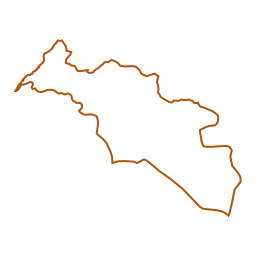 Dar'a, Dar`a, Syria
{"feature_id": "27442178B67726505950673", "entity_name": "Dar'a", "entity_type": "district", "adm_level": 2, "iso_a3": "SYR", "parent_name": "Syria", "parent_adm1": "Dar`a", "projection": "robinson", "projection_center": [36.022, 32.622], "detail": "fine", "context": "isolated", "style": "outline", "palette": "amber", "viewbox_px": 256, "rotation_deg": 0, "n_neighbors": 0, "source": "geoboundaries", "source_scale": "gbopen_adm2", "svg_char_len": 4535}
<svg xmlns="http://www.w3.org/2000/svg" viewBox="0 0 256 256"><path d="M61.9,40.4L60.8,40.9L57.7,40.5L56.8,42.3L55.4,43.8L54.0,45.1L53.9,45.4L53.8,45.5L53.7,45.8L53.6,46.0L53.5,46.3L53.4,46.3L53.4,46.5L53.2,46.6L53.2,46.8L53.0,47.0L52.9,47.2L52.8,47.4L52.8,47.5L52.7,47.6L52.5,47.9L52.4,48.0L52.1,48.3L52.0,48.6L51.9,48.7L51.8,48.8L51.7,48.9L51.6,49.0L51.4,49.2L51.3,49.4L51.2,49.5L50.9,49.8L50.7,49.9L50.6,50.1L50.4,50.2L50.3,50.3L50.1,50.5L49.8,50.7L49.6,50.9L49.5,51.0L49.4,51.1L49.2,51.2L49.0,51.3L48.9,51.4L48.8,51.5L48.6,51.6L48.4,51.7L48.1,51.8L47.9,51.9L47.7,52.1L47.4,52.2L47.2,52.3L46.8,52.5L46.5,52.6L46.2,52.7L46.0,52.8L45.8,52.9L45.6,52.9L45.4,53.0L45.2,53.0L44.1,54.3L43.5,56.4L43.5,56.6L43.7,56.9L43.9,57.4L43.9,57.6L43.9,58.4L43.9,58.6L43.8,58.9L43.8,59.1L43.8,59.3L44.0,59.7L44.0,60.0L43.8,61.0L43.4,61.5L43.1,61.8L43.0,62.0L42.9,62.1L43.0,62.3L43.0,62.5L42.8,62.8L42.6,63.0L42.4,63.1L42.2,63.3L42.0,63.2L41.9,63.3L41.8,63.7L41.0,64.1L40.8,64.5L40.7,64.7L40.5,64.8L40.2,64.9L39.9,65.1L39.7,65.4L39.7,65.6L39.0,66.3L38.9,66.5L39.1,67.0L39.1,67.3L38.8,67.5L38.7,67.6L38.4,67.4L38.2,67.2L37.8,67.3L37.7,67.5L37.8,67.8L37.8,68.1L37.7,68.2L37.6,68.3L37.5,68.5L37.3,68.7L37.1,68.8L36.9,68.9L36.8,69.0L37.0,69.3L37.1,69.5L36.8,69.7L36.7,69.6L36.4,69.8L36.4,70.0L36.2,70.3L35.9,70.5L35.7,70.6L35.4,70.5L35.0,70.7L34.9,70.9L34.8,71.2L34.5,71.2L34.0,71.6L33.1,71.9L32.9,72.1L32.7,72.4L32.6,72.6L32.6,72.9L32.6,73.1L32.7,73.3L32.6,73.5L32.3,73.7L31.8,73.9L31.3,73.8L31.0,74.0L30.8,74.2L30.6,74.6L30.1,75.0L29.5,75.0L28.6,74.9L27.9,75.0L27.4,75.5L26.4,75.9L26.2,76.2L26.0,76.7L25.0,77.1L24.8,77.3L24.4,78.0L24.0,78.4L23.9,78.7L23.8,79.0L23.7,79.2L23.7,79.5L23.5,79.8L23.3,79.8L23.0,79.7L22.8,79.7L22.8,80.0L22.8,80.4L22.9,80.8L22.7,81.0L22.1,81.2L21.9,81.2L21.7,81.5L21.5,81.8L21.1,82.9L20.3,83.5L19.6,83.9L19.3,84.4L16.2,89.6L15.4,91.0L16.0,91.0L17.9,89.9L19.2,88.4L20.0,86.5L20.3,85.9L21.7,84.7L24.6,84.3L25.7,84.0L30.8,81.8L32.6,82.8L32.8,83.9L33.0,84.6L31.6,87.4L32.5,88.9L33.0,88.8L35.2,88.5L36.0,90.0L37.8,91.3L38.5,91.5L40.3,92.0L42.0,91.9L43.6,91.3L47.9,89.8L52.5,89.8L54.8,90.7L57.1,92.6L59.0,93.5L59.3,93.4L61.2,93.1L64.4,94.4L66.0,94.2L67.3,93.5L69.0,93.7L71.4,95.9L72.2,99.5L73.2,100.7L76.4,102.8L79.7,102.9L81.1,103.7L82.0,105.0L82.1,107.9L79.1,110.7L79.4,111.5L82.1,113.6L85.1,114.8L89.9,114.3L92.5,114.6L96.1,115.9L96.2,116.0L97.1,117.2L98.0,121.1L97.9,125.1L96.7,133.1L97.2,134.1L99.6,136.2L103.5,139.5L106.8,143.6L110.8,152.6L112.0,156.8L112.5,163.1L118.2,161.3L121.6,161.2L123.6,161.1L124.7,161.1L133.5,161.6L137.3,163.0L139.0,162.1L143.6,159.5L145.0,159.6L148.5,161.8L155.4,167.7L159.8,171.5L160.3,171.8L170.6,179.0L174.9,182.5L182.1,188.4L192.4,199.0L200.2,207.0L202.8,208.7L218.0,210.4L222.7,211.7L226.3,213.7L228.4,215.6L229.2,214.1L230.0,211.6L230.6,208.6L231.2,206.4L232.4,200.9L232.7,199.4L233.5,194.8L234.1,192.6L234.4,190.2L235.2,188.7L238.9,184.2L240.6,181.4L240.6,178.8L240.4,177.4L239.3,175.1L238.0,172.8L232.2,165.8L231.8,163.9L230.8,159.0L230.3,156.6L231.8,150.3L229.6,146.9L225.8,145.9L222.3,146.1L218.0,146.4L210.8,146.9L206.2,146.7L203.7,146.3L202.5,144.1L201.4,140.8L201.3,138.7L200.1,133.1L200.0,130.0L206.3,126.9L209.0,126.0L214.9,125.3L216.6,124.0L218.0,121.1L218.3,118.7L218.0,115.7L215.7,113.4L211.8,110.8L208.2,109.5L205.6,108.4L203.3,107.4L200.6,106.8L198.6,104.5L197.9,102.7L197.4,103.0L194.3,103.0L192.1,100.6L190.5,100.4L188.9,99.6L188.7,99.6L186.9,100.2L180.7,99.7L178.6,100.9L173.8,100.5L173.6,100.7L172.6,102.1L171.0,102.4L169.0,101.9L164.3,99.3L160.8,97.0L158.9,93.5L158.0,92.6L158.0,92.4L158.1,92.1L158.1,91.9L158.2,91.7L158.2,91.4L158.2,91.2L158.3,91.1L158.3,90.9L158.3,90.7L158.3,90.4L158.4,90.2L158.4,89.9L158.4,89.7L158.4,89.3L158.4,89.2L158.4,88.8L158.4,88.7L158.4,88.4L158.4,88.2L158.4,87.9L158.4,87.6L158.3,87.3L158.3,87.1L158.3,86.9L158.2,86.7L158.2,86.4L158.1,86.1L158.1,85.8L158.1,85.7L158.0,85.3L158.0,85.2L157.9,85.0L157.9,84.8L157.8,84.7L157.7,84.4L157.6,84.1L157.6,83.9L157.5,83.7L157.4,83.5L157.4,83.4L157.3,83.2L157.2,83.0L157.2,82.9L157.1,82.7L156.9,82.4L157.5,79.3L158.4,76.2L154.8,73.7L153.3,73.8L151.9,74.5L149.6,75.2L146.5,76.2L142.0,74.1L141.2,73.3L139.3,69.8L136.7,67.4L135.4,66.6L132.1,66.1L125.1,66.5L120.1,65.7L117.8,62.9L115.8,61.7L111.6,59.9L111.1,60.1L108.2,62.1L106.4,61.8L104.7,62.4L98.6,67.8L95.6,69.6L92.7,72.6L89.3,73.0L87.3,71.9L87.8,70.1L81.7,71.0L77.5,70.9L74.8,66.0L71.3,65.4L69.4,63.9L68.2,63.9L65.9,62.9L65.9,60.7L66.6,58.6L70.1,54.9L71.2,52.0L66.4,50.8L66.2,46.8L63.2,42.5L61.9,40.4Z" fill="none" stroke="#b45309" stroke-width="2"/></svg>